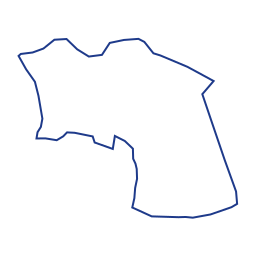 Sembabule, Robinson projection, rotated 351°
{"feature_id": "UGA-3077", "entity_name": "Sembabule", "entity_type": "District", "adm_level": 1, "iso_a3": "UGA", "parent_name": "Uganda", "parent_adm1": "", "projection": "robinson", "projection_center": [31.266, -0.042], "detail": "fine", "context": "isolated", "style": "outline", "palette": "blue", "viewbox_px": 256, "rotation_deg": 351, "n_neighbors": 0, "source": "natural_earth", "source_scale": "10m", "svg_char_len": 771}
<svg xmlns="http://www.w3.org/2000/svg" viewBox="0 0 256 256"><g transform="rotate(351 128 128)"><path d="M31.2,39.7L33.7,38.1L45.6,38.5L56.9,36.3L69.1,29.3L81.2,30.5L90.1,42.3L100.5,51.3L113.7,51.7L123.3,41.1L137.8,40.4L152.3,41.6L157.6,45.5L164.8,58.2L171.3,61.4L196.3,76.9L219.9,95.0L206.7,106.2L211.2,132.5L218.5,174.7L224.8,207.6L223.9,220.0L217.8,222.4L195.9,226.3L178.0,226.7L171.0,224.9L164.0,224.0L137.6,219.0L119.8,207.2L123.3,198.3L125.7,188.3L129.0,179.6L130.2,169.8L129.8,164.4L128.3,159.2L129.6,149.2L122.8,140.3L113.8,133.8L109.7,146.3L92.8,137.1L91.8,130.8L74.6,124.4L67.1,122.8L62.7,126.1L55.7,128.9L45.0,125.4L36.0,124.0L38.0,118.0L42.1,113.3L44.9,105.4L44.6,82.2L43.3,67.8L36.6,54.2L31.2,39.7Z" fill="none" stroke="#1e3a8a" stroke-width="2"/></g></svg>